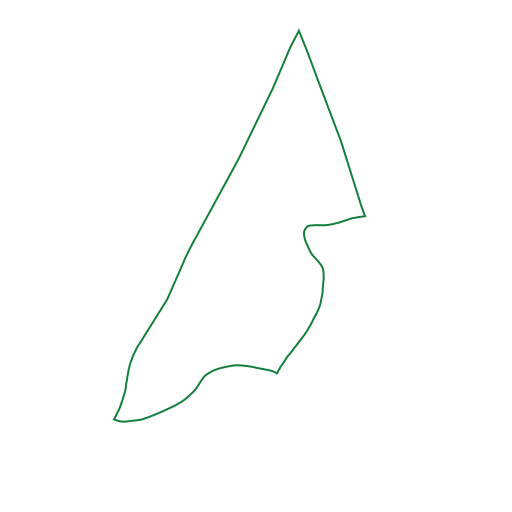 Al Abr, Hadramawt, Yemen, rotated 122°
{"feature_id": "15242507B3031648883440", "entity_name": "Al Abr", "entity_type": "district", "adm_level": 2, "iso_a3": "YEM", "parent_name": "Yemen", "parent_adm1": "Hadramawt", "projection": "robinson", "projection_center": [47.548, 15.923], "detail": "fine", "context": "isolated", "style": "outline", "palette": "green", "viewbox_px": 512, "rotation_deg": 122, "n_neighbors": 0, "source": "geoboundaries", "source_scale": "gbopen_adm2", "svg_char_len": 4994}
<svg xmlns="http://www.w3.org/2000/svg" viewBox="0 0 512 512"><g transform="rotate(122 256 256)"><path d="M157.6,193.4L113.5,244.9L112.4,246.4L110.3,249.1L95.3,268.8L80.0,288.9L74.8,295.7L56.0,320.1L42.2,339.0L57.2,337.8L60.9,337.5L93.2,332.4L105.6,330.5L154.8,325.2L182.7,322.2L282.8,316.2L295.4,314.9L302.2,313.8L339.9,308.3L348.8,308.3L357.8,308.3L373.7,308.3L390.6,308.3L391.4,308.3L392.4,308.3L393.3,308.4L394.3,308.5L402.1,307.8L403.7,307.7L404.1,307.6L404.7,307.5L405.2,307.4L407.4,307.1L408.9,306.7L411.0,306.3L412.7,305.9L413.2,305.8L414.9,305.4L416.4,304.9L416.8,304.8L417.8,304.4L419.2,304.0L419.7,303.8L420.0,303.7L421.6,303.0L422.6,302.6L423.1,302.4L424.9,301.7L426.8,301.0L428.7,300.1L429.4,299.8L430.2,299.5L431.7,298.9L433.3,298.3L434.0,297.9L434.8,297.6L435.4,297.3L436.2,296.9L437.7,296.3L439.1,295.6L439.6,295.4L452.8,291.9L452.9,292.1L454.4,291.6L455.6,291.4L456.6,291.2L458.3,290.9L460.2,290.7L462.2,290.5L462.8,290.4L464.4,290.3L464.9,290.2L466.4,290.0L467.5,290.0L468.2,290.0L469.8,289.9L469.7,289.5L469.7,289.1L469.3,287.4L469.1,286.5L468.9,285.8L468.4,284.1L467.7,282.4L467.3,281.6L466.9,281.0L466.0,279.6L465.4,278.7L464.9,278.0L464.4,277.3L463.9,276.7L463.3,276.1L462.8,275.5L462.1,274.7L461.5,273.9L460.4,272.5L459.6,271.4L459.1,270.8L457.7,269.1L456.4,267.5L455.3,266.4L454.1,265.3L454.0,265.2L453.8,265.1L452.6,264.2L451.1,263.0L449.7,261.8L448.3,260.7L446.8,259.7L445.0,258.3L444.6,258.1L443.4,257.2L442.6,256.6L441.9,256.2L441.3,255.7L440.5,255.2L439.6,254.6L438.9,254.0L437.0,252.7L435.1,251.5L433.3,250.3L433.0,250.1L431.6,249.2L430.7,248.6L430.0,248.2L429.0,247.5L428.3,247.1L426.6,246.0L425.1,245.1L424.8,244.9L423.2,244.1L421.5,243.2L420.8,242.8L419.6,242.1L418.0,241.4L417.2,241.1L416.4,240.7L414.8,240.2L414.6,240.1L413.4,239.7L412.3,239.4L411.8,239.3L410.6,238.9L410.4,238.8L408.8,238.4L407.0,237.9L406.5,237.7L405.4,237.4L404.3,237.2L403.7,237.1L402.7,236.9L402.0,236.8L400.3,236.7L399.6,236.6L398.7,236.5L397.0,236.5L395.3,236.4L393.6,236.4L392.6,236.4L392.1,236.4L391.1,236.4L390.1,236.4L389.2,236.3L388.4,236.3L387.7,236.2L386.8,236.2L385.2,235.9L383.7,235.5L383.5,235.4L383.1,235.2L382.1,234.8L380.6,234.1L380.2,233.9L378.9,233.2L377.5,232.5L376.8,232.1L375.9,231.5L374.6,230.6L373.8,230.0L373.2,229.5L371.9,228.4L371.6,228.2L370.7,227.3L369.4,226.2L368.0,224.8L366.8,223.7L365.4,222.1L364.1,220.7L362.8,219.4L362.3,218.9L361.6,218.1L361.1,217.5L360.6,216.8L359.5,215.3L358.7,214.1L358.6,213.9L357.6,212.3L356.8,210.8L355.8,208.9L355.0,207.3L354.8,206.8L354.2,205.5L353.7,204.3L353.5,203.9L353.0,202.9L352.7,202.1L352.6,201.9L352.1,200.6L351.9,200.2L351.5,199.1L350.8,197.1L350.4,195.9L350.2,195.3L349.4,193.4L348.8,191.8L348.8,191.7L348.0,189.9L347.5,188.3L347.0,187.1L346.9,186.8L346.1,184.9L346.0,184.4L345.6,183.3L345.3,182.0L345.1,181.3L344.8,180.3L344.6,179.3L344.6,179.2L344.5,177.7L344.5,176.0L344.0,176.0L343.8,176.0L342.3,176.2L340.5,176.3L340.2,176.3L338.6,176.3L337.8,176.4L336.9,176.5L336.0,176.4L334.9,176.3L333.8,176.2L333.0,176.2L331.1,176.1L330.4,176.1L329.0,176.1L328.4,176.1L327.3,176.1L325.3,176.1L324.5,176.0L323.5,175.9L322.2,175.6L321.7,175.5L320.8,175.4L319.8,175.3L318.2,175.1L316.4,174.9L314.8,174.9L314.1,174.8L313.1,174.8L312.2,174.6L311.4,174.5L309.6,174.3L307.9,174.2L306.2,174.1L304.0,173.8L302.4,173.7L300.6,173.5L298.7,173.3L298.1,173.2L296.7,173.1L294.8,173.1L292.6,173.0L290.7,173.1L290.1,173.1L288.8,173.2L287.3,173.2L284.6,173.3L282.2,173.5L280.9,173.6L280.3,173.7L278.6,173.9L276.7,174.0L276.1,174.1L275.1,174.1L273.4,174.2L272.8,174.2L271.2,174.4L271.0,174.5L269.3,174.6L267.3,174.9L266.3,175.1L265.4,175.3L263.2,175.8L261.7,176.3L260.2,176.8L258.5,177.6L258.1,177.7L256.6,178.2L255.9,178.5L255.2,178.7L253.6,179.4L253.1,179.6L252.1,180.1L250.2,181.0L249.6,181.4L248.5,182.0L246.8,182.9L245.9,183.3L245.3,183.6L244.9,183.8L243.0,184.8L242.0,185.3L241.4,185.6L239.9,186.4L239.2,186.7L238.6,187.1L237.2,188.0L235.6,189.1L235.0,189.5L234.1,190.1L233.7,190.4L232.9,191.0L232.4,191.5L231.7,192.1L231.1,192.8L230.6,193.4L229.7,195.0L229.2,196.2L229.0,196.5L228.3,198.5L227.9,199.7L227.6,200.4L227.1,202.0L226.6,203.8L226.1,205.6L225.7,207.2L225.2,209.0L224.3,210.8L223.8,211.8L223.5,212.4L222.5,213.9L221.6,215.3L220.4,217.1L219.2,218.8L218.2,220.4L217.3,221.7L216.1,223.1L214.7,224.6L213.3,225.9L212.0,226.9L211.0,227.5L210.7,227.7L209.1,228.3L207.4,228.5L205.8,228.5L204.2,228.2L203.2,227.7L202.7,227.5L201.4,226.2L201.0,225.6L200.9,225.4L200.0,224.2L199.5,223.6L198.9,222.7L198.3,221.8L198.0,221.4L197.3,220.2L197.0,219.8L196.1,218.2L195.0,216.4L194.5,215.6L193.8,214.4L193.4,213.9L192.8,213.1L192.3,212.5L191.8,211.8L190.4,210.1L189.1,208.7L187.7,207.2L186.2,205.8L184.8,204.4L184.1,203.7L183.6,203.2L182.1,202.1L181.0,201.1L180.8,201.0L179.5,199.9L179.3,199.8L178.1,198.7L176.8,197.6L176.3,197.2L175.3,196.4L174.0,195.2L173.4,194.8L172.5,194.0L171.6,192.8L171.2,192.4L170.1,191.2L169.4,190.4L169.0,190.0L168.4,189.3L167.6,188.4L164.5,184.6L157.6,193.4Z" fill="none" stroke="#15803d" stroke-width="2"/></g></svg>